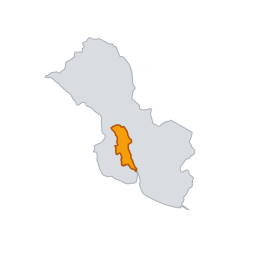 location of X-1 Right Bank Essequibo, Upper Demerara-Berbice, Guyana, rotated 158°
{"feature_id": "73187651B95579298937311", "entity_name": "X-1 Right Bank Essequibo", "entity_type": "district", "adm_level": 2, "iso_a3": "GUY", "parent_name": "Guyana", "parent_adm1": "Upper Demerara-Berbice", "projection": "robinson", "projection_center": [-58.454, 5.555], "detail": "fine", "context": "in_parent", "style": "filled", "palette": "amber", "viewbox_px": 256, "rotation_deg": 158, "n_neighbors": 0, "source": "geoboundaries", "source_scale": "gbopen_adm2", "svg_char_len": 8776}
<svg xmlns="http://www.w3.org/2000/svg" viewBox="0 0 256 256"><g transform="rotate(158 128 128)"><path d="M85.4,119.3L80.5,113.0L75.4,106.7L70.5,100.4L70.2,99.6L72.3,96.6L74.1,94.5L75.6,93.3L76.4,92.2L75.8,87.7L75.9,86.0L75.1,84.2L74.6,82.2L75.2,80.6L76.0,79.4L77.0,79.0L79.3,78.6L80.9,78.4L81.5,77.7L82.4,76.9L83.6,76.9L86.1,77.4L87.2,76.4L89.2,75.1L93.7,72.7L94.7,71.2L95.4,68.8L95.3,67.7L94.8,67.2L93.7,66.9L92.0,66.8L90.7,67.4L89.2,67.1L88.1,65.6L88.0,64.4L88.7,62.7L88.3,61.5L86.1,57.9L86.1,56.9L87.7,55.3L88.6,53.9L89.9,50.6L90.9,49.5L94.0,49.1L94.8,48.4L96.4,46.7L98.8,44.7L102.2,43.1L103.2,40.2L103.8,39.4L106.5,37.9L107.0,37.1L106.9,36.4L102.6,29.9L103.4,30.3L106.8,34.6L108.7,35.5L109.1,35.5L109.1,34.4L110.8,34.9L115.3,37.8L121.8,42.6L130.9,51.6L133.5,55.0L135.3,56.7L138.0,60.6L138.8,62.6L138.7,70.2L136.3,75.4L135.7,79.3L135.6,84.5L134.2,87.5L136.0,85.9L136.6,81.2L138.2,78.4L140.3,75.2L143.0,74.5L146.0,75.8L148.3,76.0L150.4,77.0L154.9,82.0L159.3,85.9L160.8,89.1L165.5,90.7L168.2,93.2L169.1,95.4L169.6,101.0L168.7,109.6L169.0,110.0L167.7,111.7L167.5,112.8L166.7,114.7L166.1,115.7L167.0,118.1L168.0,118.2L168.4,118.5L168.7,118.9L168.6,119.4L168.2,119.9L167.2,120.5L166.3,121.8L166.4,123.3L165.8,124.1L163.9,124.5L160.1,124.5L158.3,124.7L156.8,124.9L155.9,125.9L154.6,126.6L153.7,126.7L152.8,127.9L152.0,129.5L152.3,130.6L153.1,132.0L153.7,133.5L153.0,136.0L152.2,137.8L151.8,139.3L151.2,142.0L149.8,145.1L148.7,146.8L148.8,148.7L149.3,151.3L152.2,155.2L153.2,157.1L154.0,160.0L156.6,162.4L158.3,164.3L158.1,166.8L158.4,167.5L159.4,168.2L160.7,168.7L162.0,168.6L163.3,168.4L163.6,168.1L166.4,168.0L166.8,168.6L166.9,172.2L167.1,173.7L167.7,174.3L168.1,175.2L168.2,176.0L168.3,178.0L168.7,179.1L168.7,181.2L169.0,182.0L169.8,182.5L170.8,184.1L171.1,184.3L171.3,184.8L172.2,187.0L172.6,187.7L172.9,187.8L173.1,188.5L173.7,190.6L174.1,191.1L174.9,192.6L175.2,194.2L176.3,196.1L177.4,197.4L177.9,198.7L179.3,201.7L180.6,203.8L182.4,204.4L183.9,204.7L184.9,205.5L185.8,206.3L184.8,206.7L183.9,207.3L182.7,206.9L180.9,207.1L179.1,207.7L177.5,208.0L174.3,207.0L173.4,206.9L172.7,206.5L171.4,204.6L170.8,204.4L169.1,205.3L167.1,205.9L166.1,205.8L165.0,206.4L163.9,207.2L161.8,210.8L160.8,212.1L159.6,212.7L157.3,212.7L154.9,212.8L153.0,213.7L151.3,214.1L150.4,214.2L150.2,216.2L149.8,217.1L149.2,217.6L147.9,217.8L146.7,217.7L146.0,216.9L144.6,216.5L143.4,216.2L142.6,215.7L142.0,215.8L141.5,216.6L141.1,217.3L140.7,218.6L138.9,219.0L138.1,219.8L138.6,222.2L138.4,223.2L138.0,223.9L135.8,224.0L133.9,224.0L132.8,224.9L131.5,225.9L130.7,226.1L129.7,226.1L128.4,224.9L127.2,223.4L124.1,222.3L121.0,221.5L119.0,219.1L118.5,217.9L117.6,217.4L115.2,214.6L113.8,212.8L112.4,212.3L110.7,211.6L110.8,210.3L110.7,209.0L110.0,208.5L109.0,208.2L108.6,207.4L108.7,205.8L108.9,201.5L108.7,197.5L106.4,196.1L105.5,195.1L103.8,189.1L103.0,186.4L103.0,184.4L103.5,178.3L104.2,175.7L105.9,170.5L106.9,168.8L106.9,167.4L106.8,165.7L106.3,162.4L109.2,160.3L110.5,159.4L110.7,158.0L112.2,156.2L112.9,154.5L113.5,153.2L113.3,152.4L112.6,152.0L111.9,150.8L110.2,147.1L109.6,146.4L109.1,145.3L109.3,143.7L110.0,141.9L109.9,141.2L108.9,140.2L106.8,138.7L105.1,138.5L103.8,138.0L101.8,137.9L100.3,137.7L99.4,137.1L99.6,136.2L100.0,135.4L101.3,133.6L102.2,131.6L102.3,129.7L102.5,127.1L102.9,124.9L103.1,122.5L101.1,120.8L100.4,119.5L99.6,118.3L98.6,118.3L97.2,117.8L95.0,119.3L93.3,119.1L92.1,119.6L89.3,119.5L87.6,118.8L85.4,119.3Z" fill="#d9dde1" stroke="#a8b0b8" stroke-width="1"/><path d="M135.6,86.8L135.6,87.2L135.5,87.5L135.5,87.8L135.7,88.1L135.8,88.5L135.9,88.8L136.0,89.0L136.2,89.5L136.2,90.1L136.2,90.5L136.2,90.8L136.2,91.1L136.2,91.4L136.2,91.8L136.2,92.1L136.2,92.4L136.2,92.8L136.2,93.0L136.2,93.3L136.2,93.7L136.2,93.9L136.2,94.2L136.1,94.6L136.1,94.8L136.1,95.1L136.1,95.3L136.2,95.5L136.2,95.8L136.1,96.0L136.0,96.3L136.0,96.7L136.1,97.0L136.3,97.2L136.4,97.4L136.5,97.7L136.4,98.0L136.3,98.5L136.3,99.0L136.3,99.3L136.3,99.7L136.2,99.9L136.2,100.2L136.0,100.4L135.9,100.6L135.7,100.8L135.6,101.1L135.5,101.4L135.4,101.7L135.3,101.9L135.3,102.1L135.4,102.5L135.5,103.3L135.5,103.6L135.5,103.9L135.6,104.2L135.5,104.5L135.5,104.8L135.5,105.1L135.5,105.4L135.4,105.6L135.4,105.8L135.3,106.2L135.4,106.5L135.5,106.7L135.5,107.0L135.7,107.4L135.7,107.7L135.6,107.9L135.5,108.3L135.4,108.6L135.3,108.9L135.3,109.1L135.2,109.4L135.1,109.6L135.1,110.0L135.0,110.3L134.8,110.5L134.7,110.7L134.6,110.9L134.5,111.3L134.4,111.5L134.2,112.0L134.0,112.3L133.8,112.5L133.6,112.7L133.4,112.7L133.2,112.7L133.0,112.8L132.8,112.8L132.6,112.9L132.3,113.0L132.0,113.1L131.8,113.2L131.6,113.2L131.4,113.2L131.2,113.2L130.7,113.3L130.2,113.4L130.1,113.6L130.0,113.9L129.9,114.2L129.8,114.4L129.6,114.6L129.6,114.9L129.5,115.2L129.4,115.4L129.4,115.7L129.4,116.0L129.5,116.2L129.7,116.4L129.9,116.7L130.1,116.9L130.2,117.1L130.3,117.3L130.6,117.6L130.7,117.8L130.7,118.0L130.6,118.6L130.6,118.8L130.6,119.0L130.6,119.4L130.6,119.7L130.7,120.1L130.7,120.4L130.8,120.7L130.8,120.9L130.8,121.2L130.8,121.4L130.8,121.7L130.7,122.0L130.5,122.4L130.4,122.8L130.3,123.1L130.3,123.4L130.3,123.8L130.3,124.0L130.3,124.3L130.2,124.6L130.1,124.9L130.1,125.2L130.2,125.5L130.2,125.8L130.3,126.1L130.4,126.4L130.5,126.8L130.6,127.2L130.7,127.6L130.7,128.0L130.8,128.5L130.8,128.9L130.9,129.2L131.0,129.5L131.0,129.8L131.1,130.1L131.1,130.3L131.2,130.6L131.4,130.8L131.7,130.9L132.0,131.0L132.5,130.9L132.9,130.9L133.2,131.0L133.4,131.1L133.6,131.2L133.8,131.3L133.8,131.6L133.8,131.9L133.8,132.2L133.9,132.4L134.1,132.7L134.3,133.0L134.6,133.4L134.8,133.7L135.1,133.9L135.3,134.1L135.5,134.2L135.7,134.3L136.0,134.5L136.5,134.7L136.7,134.8L136.9,134.8L137.1,134.9L137.3,134.9L137.6,135.0L137.8,135.1L138.0,135.1L138.5,135.1L139.0,135.1L139.3,135.1L139.5,135.1L139.9,134.9L140.2,134.9L140.4,134.9L140.6,134.9L140.9,134.9L141.1,135.0L141.3,135.0L141.6,135.0L141.8,134.9L142.0,134.8L142.3,134.7L142.6,134.6L142.8,134.5L143.0,134.5L143.2,134.4L143.6,134.4L143.5,134.1L143.6,133.8L143.6,133.5L143.5,133.3L143.5,133.0L143.4,132.6L143.3,132.4L143.3,132.1L143.1,131.9L143.0,131.7L142.9,131.5L142.8,131.2L142.7,131.0L142.6,130.7L142.5,130.2L142.3,129.9L142.2,129.6L142.1,129.4L142.0,129.2L141.9,128.9L141.8,128.6L141.8,128.2L141.9,127.9L141.9,127.5L141.9,127.3L141.9,127.0L142.0,126.6L142.0,126.4L142.1,126.1L142.1,125.8L142.0,125.5L141.9,125.3L141.8,125.1L141.6,124.9L141.6,124.6L141.5,124.3L141.5,124.0L141.4,123.7L141.5,123.2L141.8,122.7L141.9,122.4L141.9,122.1L142.0,121.8L142.1,121.5L142.2,121.2L142.3,121.0L142.5,120.7L142.7,120.4L142.9,120.2L143.1,120.1L143.3,119.9L143.5,119.7L143.7,119.1L143.8,118.7L143.7,118.3L143.7,118.0L143.7,117.6L143.6,117.3L143.5,117.0L143.5,116.8L143.6,116.5L143.6,116.3L143.8,116.0L143.9,115.9L144.2,115.8L144.4,115.8L144.6,115.8L144.9,115.8L145.1,115.9L145.4,116.0L145.7,116.1L146.0,116.2L146.2,116.3L146.5,116.4L146.8,116.2L146.9,115.7L146.8,115.2L146.8,114.8L146.7,114.6L146.7,114.3L146.8,114.0L146.9,113.8L146.9,113.6L147.0,113.4L147.1,113.0L147.1,112.8L147.3,112.5L147.4,112.3L147.6,112.0L147.8,111.7L148.0,111.4L148.1,111.1L148.2,110.7L148.3,110.5L148.3,110.2L148.4,109.8L148.5,109.4L148.5,109.1L148.6,108.8L148.6,108.6L148.6,108.2L148.4,107.8L148.3,107.6L148.1,107.5L147.8,107.5L147.6,107.5L147.3,107.6L147.1,107.8L146.9,107.9L146.6,107.8L146.4,107.8L146.2,107.8L145.8,107.8L145.6,107.9L145.4,108.0L145.1,107.9L144.8,107.6L144.7,107.3L144.6,107.0L144.6,106.8L144.6,106.5L144.6,106.2L144.6,105.7L144.6,105.4L144.6,105.2L144.7,104.9L144.7,104.6L144.8,104.3L144.8,104.1L144.8,103.8L144.8,103.5L144.8,103.2L144.7,102.9L144.7,102.6L144.8,102.4L145.1,102.3L145.3,102.3L145.6,102.2L145.8,102.0L146.0,101.8L146.1,101.6L146.3,101.4L146.4,101.1L146.5,100.8L146.5,100.5L146.5,100.2L146.6,99.9L146.5,99.7L146.5,99.4L146.4,99.1L146.5,98.8L146.6,98.6L146.8,98.4L147.0,98.2L147.3,97.9L147.3,97.7L147.3,97.4L147.4,97.1L147.4,96.9L147.6,96.7L147.5,96.2L147.4,96.0L147.4,95.7L147.5,95.5L147.4,95.3L147.2,95.2L147.0,95.3L146.8,95.3L146.6,95.3L146.4,95.4L146.3,95.2L146.1,94.8L146.1,94.6L145.9,94.4L145.7,94.4L145.2,94.3L144.8,94.4L144.6,94.5L144.3,95.0L144.1,95.2L143.9,95.2L143.6,94.9L143.3,94.8L143.1,94.6L142.9,94.5L142.8,94.4L142.6,94.3L142.4,94.2L142.1,94.1L141.9,94.1L141.6,94.0L141.4,94.1L141.2,93.9L141.2,93.7L141.2,93.4L141.2,93.1L141.2,92.8L141.2,92.6L141.1,92.4L141.0,92.1L140.8,91.8L140.8,91.5L140.7,91.3L140.7,91.0L140.7,90.8L140.6,90.5L140.6,90.2L140.5,89.9L140.4,89.6L140.3,89.4L140.1,89.2L139.8,88.6L139.6,88.5L139.4,88.3L139.2,88.2L138.8,88.1L138.6,88.0L138.3,87.9L138.1,87.7L137.9,87.5L137.8,87.3L137.7,87.0L137.6,86.8L137.5,86.5L137.5,86.2L137.4,85.9L137.3,85.6L137.2,85.4L137.1,85.2L137.0,84.9L136.9,84.8L136.7,84.7L136.5,85.2L136.5,85.4L136.4,85.7L136.2,86.3L136.3,86.4L136.1,86.5L135.8,86.8L135.7,86.8L135.6,86.8Z" fill="#f59e0b" stroke="#b45309" stroke-width="1.5"/></g></svg>